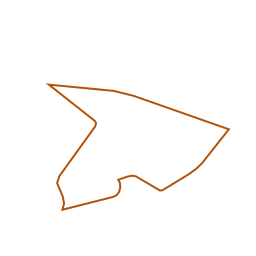 the Province of Quirino, rotated 247°
{"feature_id": "PHL-2554", "entity_name": "Quirino", "entity_type": "Province", "adm_level": 1, "iso_a3": "PHL", "parent_name": "Philippines", "parent_adm1": "", "projection": "equal_earth", "projection_center": [121.517, 16.288], "detail": "fine", "context": "isolated", "style": "outline", "palette": "amber", "viewbox_px": 256, "rotation_deg": 247, "n_neighbors": 0, "source": "natural_earth", "source_scale": "10m", "svg_char_len": 468}
<svg xmlns="http://www.w3.org/2000/svg" viewBox="0 0 256 256"><g transform="rotate(247 128 128)"><path d="M198.8,72.1L167.7,129.4L155.6,145.5L87.4,220.3L66.3,181.7L63.6,174.1L61.7,166.0L57.2,135.1L58.1,132.9L80.6,116.2L82.5,113.1L83.5,108.4L84.2,98.8L80.5,99.1L76.4,97.7L72.8,95.0L70.5,91.0L70.4,87.5L78.4,35.7L83.6,39.7L90.9,41.2L95.0,41.2L105.0,41.2L110.5,46.0L142.3,98.5L144.9,100.5L147.5,100.2L198.8,72.1Z" fill="none" stroke="#b45309" stroke-width="2"/></g></svg>